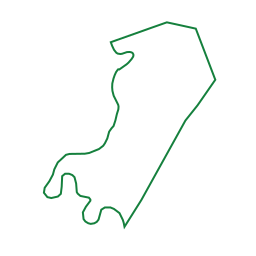 Meade, Kentucky, United States of America (Albers equal-area conic projection), rotated 259°
{"feature_id": "52423323B30136231035834", "entity_name": "Meade", "entity_type": "district", "adm_level": 2, "iso_a3": "USA", "parent_name": "United States of America", "parent_adm1": "Kentucky", "projection": "albers", "projection_center": [-86.246, 37.999], "detail": "fine", "context": "isolated", "style": "outline", "palette": "green", "viewbox_px": 256, "rotation_deg": 259, "n_neighbors": 0, "source": "geoboundaries", "source_scale": "gbopen_adm2", "svg_char_len": 1254}
<svg xmlns="http://www.w3.org/2000/svg" viewBox="0 0 256 256"><g transform="rotate(259 128 128)"><path d="M42.9,69.9L42.1,70.8L41.0,73.1L40.9,76.7L41.8,79.4L43.7,81.6L52.9,86.2L54.4,90.1L53.4,95.5L51.3,98.7L46.1,103.4L38.7,105.4L35.6,105.7L31.7,105.7L54.7,127.3L124.4,185.8L137.0,200.6L158.7,222.9L212.6,213.5L220.8,194.5L224.3,186.3L221.9,169.9L216.4,133.3L215.5,127.5L211.7,128.1L207.4,129.2L204.1,130.9L203.0,132.1L202.1,134.6L202.0,136.3L202.7,141.4L202.3,144.2L201.7,145.6L200.9,146.7L199.3,147.3L198.3,147.2L197.1,146.7L195.0,144.7L192.1,141.0L190.9,139.0L188.4,133.5L187.1,130.6L187.5,129.6L187.0,128.9L185.2,127.0L182.4,125.0L179.3,123.2L174.7,121.1L170.9,120.2L167.4,119.8L162.4,120.1L152.6,122.8L150.8,122.8L148.2,122.1L143.7,119.7L137.9,117.1L132.7,114.2L130.8,111.7L128.0,108.8L121.7,105.7L117.5,102.5L115.4,100.4L115.2,100.1L112.9,95.5L110.9,85.1L111.0,80.7L113.7,65.7L113.5,62.0L107.6,52.5L101.5,47.8L96.6,45.4L91.8,41.5L90.8,40.7L85.2,34.8L80.5,33.1L75.5,35.7L75.0,36.9L73.9,39.3L74.1,46.1L76.2,49.5L83.0,51.7L93.3,54.2L95.1,57.5L94.3,61.5L92.4,64.4L89.9,66.1L83.4,66.5L74.9,65.5L73.2,66.1L70.4,68.3L67.1,76.3L65.0,77.4L63.8,77.2L58.7,71.6L53.8,67.6L47.1,67.0L44.4,68.3L42.9,69.9Z" fill="none" stroke="#15803d" stroke-width="2"/></g></svg>